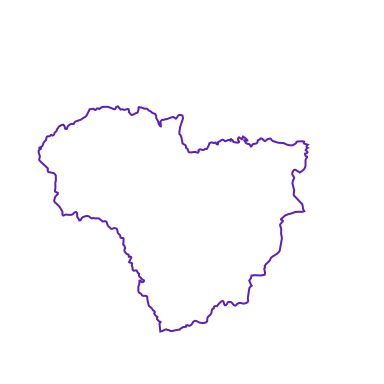 an SVG outline of Smolensk, rotated 240°
{"feature_id": "RUS-2343", "entity_name": "Smolensk", "entity_type": "Region", "adm_level": 1, "iso_a3": "RUS", "parent_name": "Russia", "parent_adm1": "", "projection": "albers", "projection_center": [33.375, 54.744], "detail": "fine", "context": "isolated", "style": "outline", "palette": "violet", "viewbox_px": 384, "rotation_deg": 240, "n_neighbors": 0, "source": "natural_earth", "source_scale": "10m", "svg_char_len": 5978}
<svg xmlns="http://www.w3.org/2000/svg" viewBox="0 0 384 384"><g transform="rotate(240 192 192)"><path d="M81.1,164.5L82.4,164.1L82.5,162.3L82.0,160.0L80.8,156.8L80.9,156.1L81.4,155.5L81.7,154.5L81.6,154.0L81.2,153.2L80.3,152.7L80.2,152.3L80.5,151.4L80.4,151.0L79.8,150.2L77.4,148.2L76.7,147.0L75.9,143.5L75.3,142.4L72.5,140.5L72.1,139.3L72.3,137.6L73.1,135.8L75.0,133.3L78.3,131.1L79.0,130.0L79.0,128.2L77.6,125.7L77.2,124.0L77.6,122.5L79.0,121.4L79.4,120.3L78.3,119.6L79.5,116.4L79.3,112.9L79.0,112.3L80.1,110.0L81.7,104.8L82.7,103.6L83.9,103.0L84.9,101.7L86.0,101.0L86.2,100.4L86.4,97.2L87.0,94.8L94.2,98.0L95.1,99.8L95.4,99.8L96.2,98.9L99.3,98.1L100.4,98.6L101.0,99.5L103.0,98.7L105.4,98.5L106.0,98.7L106.5,99.7L107.6,99.9L108.9,99.1L111.6,99.0L115.1,97.7L120.6,99.4L123.9,100.9L125.1,100.1L126.6,97.6L127.5,97.1L129.4,96.9L131.3,95.8L132.1,95.8L133.1,96.1L136.6,98.0L138.6,100.3L141.5,102.2L141.1,102.9L139.3,103.3L138.8,103.7L138.6,104.3L138.5,105.1L138.9,106.0L139.5,106.2L141.6,105.0L143.9,104.7L144.7,104.2L146.1,104.2L147.7,105.3L148.7,104.7L151.6,104.8L152.1,104.4L153.0,102.2L154.4,101.7L156.3,102.8L158.3,103.0L160.1,104.4L160.8,104.2L161.8,103.0L162.8,102.5L165.7,106.7L166.3,106.7L166.9,106.2L167.5,104.9L169.4,105.7L171.2,104.4L173.9,103.9L174.6,104.0L176.0,104.8L176.7,106.0L179.6,106.6L180.8,106.1L181.3,106.3L182.5,107.4L186.0,109.5L186.7,109.2L187.5,107.8L188.0,107.4L188.6,107.3L190.3,108.1L193.6,107.3L196.9,108.4L197.9,108.3L199.3,107.3L199.8,106.1L200.0,104.5L200.3,103.8L201.0,103.4L204.9,102.3L208.7,103.0L209.5,102.7L210.4,101.9L210.5,101.2L211.1,100.0L215.7,98.1L216.2,97.5L217.5,94.9L218.6,94.0L219.0,93.0L219.0,92.4L219.9,91.6L222.6,90.4L223.7,89.2L224.3,87.8L224.8,84.8L224.7,83.8L223.2,81.3L223.7,80.2L225.5,80.4L227.7,80.1L231.3,81.9L232.5,81.7L232.9,81.0L233.0,79.9L232.4,77.5L232.6,76.1L233.4,74.5L235.7,71.2L235.8,69.1L236.1,68.6L237.0,68.4L239.9,70.0L245.6,69.9L251.8,68.1L252.8,68.1L253.6,68.4L256.0,70.8L256.4,71.5L257.4,74.9L258.3,75.4L260.9,73.6L262.1,74.2L263.4,75.5L268.3,78.2L270.2,80.0L274.4,82.3L277.0,82.0L277.7,81.5L281.1,77.6L282.7,77.7L284.5,79.0L295.2,75.7L296.4,75.8L298.9,78.1L302.7,78.9L304.4,79.8L304.8,80.5L305.0,82.7L305.4,83.0L306.2,81.9L306.5,81.8L306.7,82.3L306.5,84.6L306.7,85.5L308.8,88.0L309.6,89.8L310.0,91.6L311.4,92.7L312.4,93.9L312.4,94.7L311.5,96.6L311.6,97.4L312.1,98.3L312.0,98.6L310.7,99.3L310.5,100.2L310.7,101.2L311.9,102.5L312.7,105.4L313.7,106.3L314.6,108.5L315.2,109.4L315.3,110.0L315.2,112.8L314.5,114.3L312.6,114.5L310.4,113.8L309.6,114.2L309.3,115.0L309.3,115.4L310.3,116.2L311.1,117.5L311.5,120.5L311.3,121.6L310.6,122.6L310.2,123.8L311.1,125.3L311.3,126.3L310.3,131.5L310.2,132.5L310.6,135.7L310.3,136.8L311.0,139.1L314.8,144.7L313.5,148.1L313.1,148.5L312.2,148.7L311.3,149.3L311.2,149.7L311.6,150.5L311.8,151.4L311.4,152.5L310.2,153.2L310.6,155.2L310.4,157.1L308.3,161.0L307.6,162.0L302.4,166.1L302.2,166.8L303.5,169.0L303.3,170.5L302.8,170.8L299.2,171.3L298.4,173.2L297.0,174.3L296.0,177.9L295.5,178.4L293.7,178.0L292.9,177.3L289.7,177.8L288.7,178.4L288.4,180.3L288.4,182.2L288.0,184.5L290.0,186.9L291.7,187.7L292.0,188.1L291.9,188.8L291.2,189.4L290.6,190.3L287.9,192.5L287.1,194.1L286.5,194.7L283.9,195.5L282.6,196.5L280.7,197.0L277.8,199.2L275.9,199.0L273.8,198.0L270.3,198.0L267.6,197.2L265.4,197.3L264.5,197.8L264.9,198.2L268.6,199.7L269.0,200.5L269.5,202.2L268.6,203.6L268.4,205.2L267.7,206.6L266.9,211.7L266.2,213.4L263.6,214.7L263.8,215.8L265.0,218.0L265.2,219.1L264.9,220.0L263.8,221.3L263.0,221.9L260.4,221.2L254.2,214.2L250.2,211.0L248.4,210.1L247.0,210.5L244.0,210.0L238.7,208.1L235.7,209.7L234.5,209.6L233.3,208.9L231.5,209.7L228.5,209.1L227.8,209.4L226.8,210.9L225.1,214.9L223.4,216.3L223.1,217.1L223.7,218.1L224.8,218.4L225.1,219.7L224.8,220.4L222.7,222.7L222.6,223.5L222.8,224.8L222.0,226.0L222.0,226.7L224.3,230.2L225.6,231.6L225.1,233.9L224.5,234.6L223.6,235.1L223.2,236.7L222.9,237.2L221.4,237.2L220.4,237.8L220.3,238.1L220.6,238.6L221.8,239.0L222.1,239.4L222.0,241.7L222.2,243.2L222.1,244.5L221.4,245.2L219.4,246.2L219.1,247.0L218.9,249.5L218.4,250.2L217.1,251.0L218.3,251.8L218.3,252.3L216.3,253.1L215.0,252.8L214.5,253.0L212.4,255.4L211.6,257.0L211.7,257.6L212.1,258.0L214.4,257.9L215.4,258.7L215.8,260.1L212.7,261.6L212.9,262.3L213.9,263.0L214.5,263.9L212.2,265.1L209.1,265.9L208.9,265.7L208.9,265.4L210.6,263.5L210.6,263.1L207.5,263.2L206.1,264.0L204.7,265.6L201.9,265.8L201.8,266.3L202.8,267.9L203.0,268.9L201.9,271.8L201.9,272.6L202.3,273.4L203.8,274.9L203.9,275.6L203.6,276.9L203.8,277.1L204.1,278.1L203.9,278.7L202.5,279.6L200.7,280.0L199.6,280.6L199.5,281.0L200.0,283.8L199.2,286.5L198.6,286.9L196.8,287.0L195.4,287.7L191.3,291.6L188.6,295.8L185.7,297.8L183.9,299.5L182.6,301.6L182.1,302.7L182.2,306.2L182.4,306.9L183.2,307.6L183.0,308.6L180.9,312.7L179.6,314.3L178.7,313.3L177.9,313.3L175.1,315.9L174.9,314.8L174.3,314.1L173.5,313.7L172.4,314.3L172.5,313.6L171.5,311.4L169.1,312.0L168.5,311.8L168.2,310.8L168.7,309.0L166.9,308.4L166.0,308.6L165.1,309.3L164.6,309.1L163.4,306.8L162.1,305.8L157.9,303.4L156.6,302.0L155.6,300.1L155.1,297.5L155.0,295.1L159.5,292.7L159.9,292.0L160.1,291.3L159.9,290.6L158.5,288.5L157.5,287.8L156.3,287.6L153.6,287.7L152.8,287.2L151.1,284.8L149.2,283.3L142.3,281.3L139.1,278.9L137.9,278.6L126.2,281.4L121.6,279.7L119.2,279.6L119.8,277.3L122.0,273.8L123.0,271.5L124.0,266.2L124.7,264.1L124.9,262.1L125.2,261.3L124.0,255.6L123.6,255.3L121.9,256.3L121.2,256.0L120.0,252.5L119.4,251.7L115.6,250.9L111.1,248.2L107.0,246.8L97.3,238.6L96.5,237.1L96.0,234.5L95.8,229.0L95.5,227.5L93.6,224.7L92.5,219.9L91.6,218.0L90.0,217.5L89.5,216.2L85.5,214.9L84.0,213.6L85.4,209.6L88.3,205.3L89.9,201.8L87.9,200.0L86.7,197.3L82.2,196.7L81.0,196.8L80.8,195.1L80.1,193.6L72.1,187.2L69.9,186.4L69.1,185.7L68.7,184.2L69.1,181.6L70.2,180.0L71.5,178.8L72.4,177.3L72.5,175.0L72.0,173.6L71.9,172.6L73.2,171.6L76.5,171.1L77.5,170.4L78.6,168.6L78.4,167.5L77.6,166.5L77.1,164.9L77.5,163.8L78.6,163.7L81.1,164.5Z" fill="none" stroke="#5b21b6" stroke-width="2"/></g></svg>